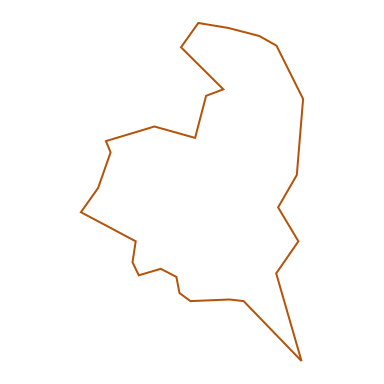 the Highly Urbanized City of Pasig
{"feature_id": "PHL-5552", "entity_name": "Pasig", "entity_type": "Highly Urbanized City", "adm_level": 1, "iso_a3": "PHL", "parent_name": "Philippines", "parent_adm1": "", "projection": "mercator", "projection_center": [121.099, 14.57], "detail": "fine", "context": "isolated", "style": "outline", "palette": "amber", "viewbox_px": 384, "rotation_deg": 0, "n_neighbors": 0, "source": "natural_earth", "source_scale": "10m", "svg_char_len": 464}
<svg xmlns="http://www.w3.org/2000/svg" viewBox="0 0 384 384"><path d="M276.5,45.7L303.1,99.0L296.8,175.0L278.1,207.4L298.4,241.3L276.2,273.4L301.5,361.0L243.6,301.1L229.6,299.5L190.4,301.1L179.5,293.1L176.4,276.9L160.7,268.8L138.8,275.3L132.5,262.3L135.7,241.3L80.9,212.2L98.1,188.0L110.6,152.4L105.9,141.1L154.4,126.5L195.1,137.9L206.1,95.8L223.3,89.3L181.0,47.3L198.3,23.0L228.0,27.9L259.3,36.0L276.5,45.7Z" fill="none" stroke="#b45309" stroke-width="2"/></svg>